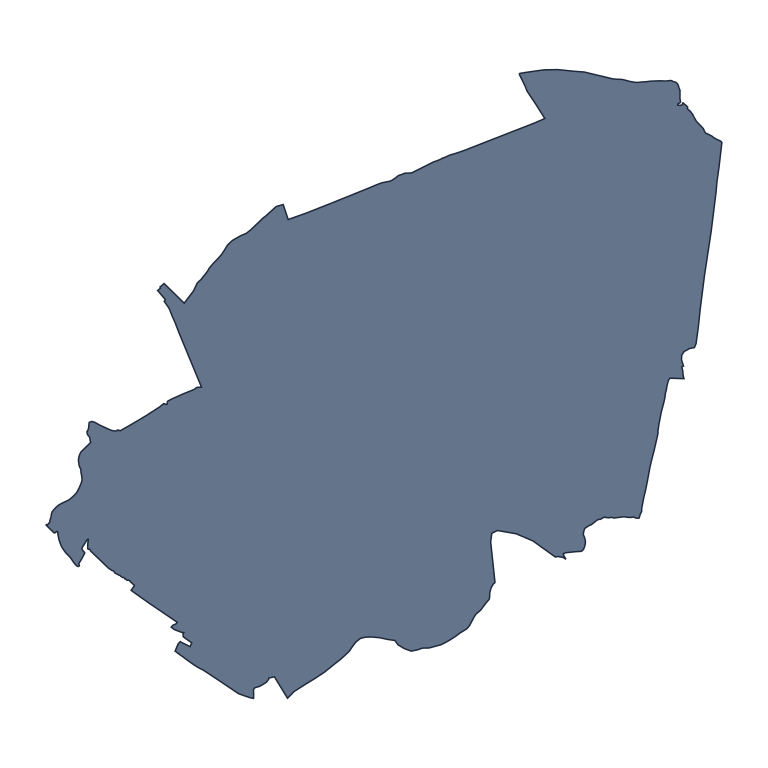 the district of Isalnita, Dolj, Romania
{"feature_id": "2599482B36519910274216", "entity_name": "Isalnita", "entity_type": "district", "adm_level": 2, "iso_a3": "ROU", "parent_name": "Romania", "parent_adm1": "Dolj", "projection": "mercator", "projection_center": [23.718, 44.394], "detail": "fine", "context": "isolated", "style": "filled", "palette": "slate", "viewbox_px": 768, "rotation_deg": 0, "n_neighbors": 0, "source": "geoboundaries", "source_scale": "gbopen_adm2", "svg_char_len": 5972}
<svg xmlns="http://www.w3.org/2000/svg" viewBox="0 0 768 768"><path d="M566.0,559.3L563.8,555.6L563.3,553.8L564.2,553.5L565.2,552.8L573.5,551.9L577.0,551.6L579.7,551.5L581.1,551.3L582.1,550.9L583.6,549.2L584.5,547.0L585.1,544.7L585.4,542.8L585.4,541.2L584.8,538.2L584.0,536.1L583.4,535.0L583.5,532.8L583.9,530.9L584.7,528.9L585.0,528.2L586.7,527.2L587.4,526.7L588.0,526.2L589.2,525.5L590.5,525.1L591.6,524.5L594.7,522.0L597.4,519.9L599.0,519.4L600.2,519.4L602.3,518.3L603.6,517.4L604.2,517.1L604.7,517.3L606.3,517.6L609.2,517.8L611.7,517.3L613.1,517.9L613.7,518.0L614.5,518.0L620.4,517.2L623.9,516.8L625.6,517.0L626.9,517.3L629.1,517.4L630.5,517.5L632.7,517.2L633.3,517.1L634.5,517.4L635.9,518.1L636.8,518.2L638.8,518.2L639.2,518.0L640.2,514.4L641.3,512.3L641.6,511.4L641.8,510.5L641.6,509.6L641.7,508.4L643.8,497.5L645.2,491.9L647.2,482.2L650.0,467.0L651.6,460.3L654.4,449.3L657.8,434.3L658.1,432.8L657.8,432.1L659.0,423.9L661.3,412.0L663.6,403.4L665.0,397.2L665.4,393.3L666.4,389.7L666.9,386.2L668.4,380.3L669.9,378.2L684.0,378.7L683.2,375.8L682.7,370.4L681.7,367.0L683.5,366.1L681.5,359.8L681.8,354.9L684.3,351.4L689.9,348.4L694.4,347.6L696.1,343.6L698.4,326.4L700.2,309.3L704.5,275.4L711.2,231.2L716.0,192.6L717.0,181.5L719.1,166.5L721.9,142.4L720.6,141.1L717.0,139.5L713.7,137.6L711.9,136.1L707.6,133.9L705.6,133.1L704.4,131.2L703.4,128.7L701.7,126.8L696.4,121.3L693.8,116.8L692.7,114.5L690.3,111.2L688.2,109.5L687.4,108.7L687.7,107.2L686.4,105.6L684.2,104.0L683.4,103.1L683.1,102.9L682.8,102.9L682.6,103.2L682.5,104.1L682.2,104.7L681.7,105.2L678.7,105.3L677.7,105.2L677.7,104.4L678.1,103.7L680.1,102.7L680.4,102.4L680.5,101.9L680.5,101.5L680.3,100.2L680.1,99.5L679.9,97.6L680.0,96.2L680.0,93.3L680.0,92.7L680.0,90.3L679.7,89.4L679.1,88.3L678.5,86.0L677.8,84.4L677.4,83.7L677.0,83.3L676.3,82.6L675.6,82.2L672.9,81.4L671.7,80.7L670.6,80.5L666.1,81.0L664.9,81.0L659.6,80.8L652.0,81.1L650.1,81.2L646.3,81.7L640.4,82.1L638.6,82.4L636.3,82.4L635.0,82.3L633.6,82.1L629.8,81.4L627.1,80.7L625.3,80.2L622.0,79.4L615.9,79.2L612.4,78.8L584.2,72.0L573.2,71.2L565.6,70.4L557.7,69.6L544.5,69.8L542.2,70.1L526.5,72.3L519.8,73.4L519.4,73.8L519.4,74.5L525.1,86.1L527.2,91.4L535.4,103.6L544.8,118.5L534.5,123.0L469.9,148.2L465.8,149.9L455.9,153.3L451.1,154.7L449.9,155.0L445.9,156.9L442.0,158.4L440.6,159.3L435.8,161.2L434.0,161.7L411.6,172.9L404.8,173.2L401.6,174.5L398.5,175.5L395.5,177.9L392.1,180.2L390.2,181.1L382.9,182.6L380.2,183.4L375.5,185.2L371.1,187.1L329.5,203.9L305.6,213.3L288.2,219.5L283.2,204.5L281.2,205.1L276.2,206.5L265.3,216.4L263.0,218.0L258.2,222.7L250.3,230.2L246.2,233.4L240.5,235.8L235.6,238.6L232.5,240.4L229.4,243.2L227.5,245.1L224.7,249.7L221.7,254.3L218.0,258.5L213.9,262.7L210.4,266.7L208.8,268.8L208.0,270.5L204.7,274.9L203.3,276.4L201.2,279.4L198.9,281.4L197.2,283.1L193.5,290.9L184.2,303.2L164.1,283.5L160.0,287.0L160.5,288.2L157.6,290.5L165.3,299.6L164.9,300.6L164.2,301.3L168.7,307.8L169.8,310.0L170.5,311.9L172.4,316.6L175.0,322.4L179.2,333.3L201.5,387.2L199.9,387.3L197.8,387.2L196.8,387.5L195.9,387.9L195.2,388.7L194.6,389.2L193.5,389.7L183.1,393.9L171.5,399.1L167.5,401.3L167.2,402.8L167.2,404.1L165.9,404.5L165.0,403.9L163.7,403.6L159.4,407.1L144.7,416.5L131.4,424.4L120.1,430.8L118.5,430.1L117.3,430.1L117.2,430.7L116.2,431.0L112.9,430.8L110.4,430.0L99.1,424.8L95.0,422.4L91.9,421.4L89.2,422.4L88.9,424.8L88.6,427.9L87.9,430.3L87.0,431.4L87.1,433.3L87.5,434.5L88.5,436.0L89.5,436.8L90.1,439.7L90.2,441.1L90.7,442.4L81.1,451.8L79.6,454.6L78.7,458.0L78.5,459.5L78.4,460.8L78.7,462.2L79.1,465.6L79.4,466.4L79.7,467.3L80.6,468.7L80.8,469.3L80.9,470.3L80.9,472.0L81.0,472.6L81.5,474.8L81.9,478.0L82.0,478.9L82.0,479.9L81.8,481.2L81.0,483.6L79.3,487.6L77.2,491.6L76.2,493.2L75.4,494.1L74.3,495.2L70.6,498.6L69.3,499.6L66.5,501.1L62.5,502.9L59.1,504.8L58.2,505.4L55.6,507.7L52.3,511.5L51.6,513.3L51.2,515.5L51.1,516.6L50.7,518.1L50.0,520.0L49.6,522.4L48.6,523.4L47.6,524.7L47.3,525.0L46.5,524.6L46.1,525.0L47.2,526.2L50.9,529.9L52.4,531.2L53.1,532.1L54.4,532.9L55.4,532.7L56.3,531.7L56.7,531.5L57.3,531.4L57.5,531.6L57.7,531.8L57.8,532.3L57.8,534.0L58.4,536.8L58.7,538.4L59.0,539.8L59.5,541.3L60.6,544.4L61.2,545.8L62.1,547.5L63.0,549.0L65.0,551.8L66.0,553.1L69.7,556.8L71.4,559.1L74.2,563.2L75.0,564.2L76.9,566.0L77.2,566.2L77.9,566.4L78.6,566.5L78.8,566.3L79.1,565.8L79.3,565.8L79.4,565.5L79.3,565.2L78.8,563.6L82.0,558.4L84.8,552.9L83.8,551.4L83.0,550.7L82.3,549.8L82.0,549.3L82.0,548.2L82.4,547.2L87.1,539.8L87.7,539.3L88.3,539.3L87.7,544.6L87.7,548.0L87.8,548.8L88.4,549.3L89.8,549.3L90.2,550.0L90.5,550.9L108.5,568.2L112.2,570.6L112.8,570.7L113.8,571.1L114.6,572.8L115.8,573.5L118.8,575.1L120.0,575.5L120.4,575.7L120.9,576.4L122.6,577.5L123.9,577.6L124.7,578.0L124.8,578.4L124.9,578.9L126.2,579.6L127.2,580.3L129.0,580.3L129.6,580.8L130.7,582.0L133.1,584.2L134.4,585.6L131.1,590.3L132.9,591.7L148.7,602.9L177.1,622.2L176.6,623.3L175.7,624.0L173.3,625.0L171.8,626.3L171.2,627.2L174.2,629.5L180.3,631.9L181.9,632.4L183.7,632.6L183.0,633.4L183.2,635.2L183.1,636.5L184.6,637.8L191.8,642.9L190.1,646.6L180.9,642.1L180.2,641.6L178.0,644.1L175.1,651.2L187.8,660.5L194.4,665.2L199.1,668.0L203.4,670.2L220.5,681.5L238.4,693.6L242.4,695.1L250.0,697.7L253.5,698.4L253.7,695.8L253.5,690.1L253.8,689.3L254.4,688.1L256.2,687.3L259.3,686.5L262.9,684.5L266.5,682.2L267.4,680.8L268.6,679.5L268.8,678.1L274.4,676.8L287.5,698.2L290.5,695.3L294.0,691.6L304.3,685.0L315.4,678.2L324.8,671.9L335.1,663.6L340.7,659.2L346.2,654.2L349.3,651.2L352.3,646.7L355.8,642.1L360.4,638.4L365.4,637.2L371.5,637.0L379.6,637.7L387.4,639.4L394.9,640.5L398.0,644.8L404.1,648.5L411.1,651.1L417.0,650.0L422.6,648.1L429.0,648.0L441.2,644.7L447.9,641.2L454.8,636.9L459.9,633.1L466.8,628.8L469.5,625.7L474.0,617.2L475.9,614.2L480.7,610.1L485.5,603.6L489.1,599.4L489.6,597.6L489.8,592.6L491.1,587.8L493.3,584.1L495.0,582.5L490.7,542.0L491.8,533.3L497.4,530.5L516.2,533.8L532.9,540.9L555.3,557.0L557.9,556.5L563.1,557.4L566.0,559.3Z" fill="#64748b" stroke="#1e293b" stroke-width="1.5"/></svg>